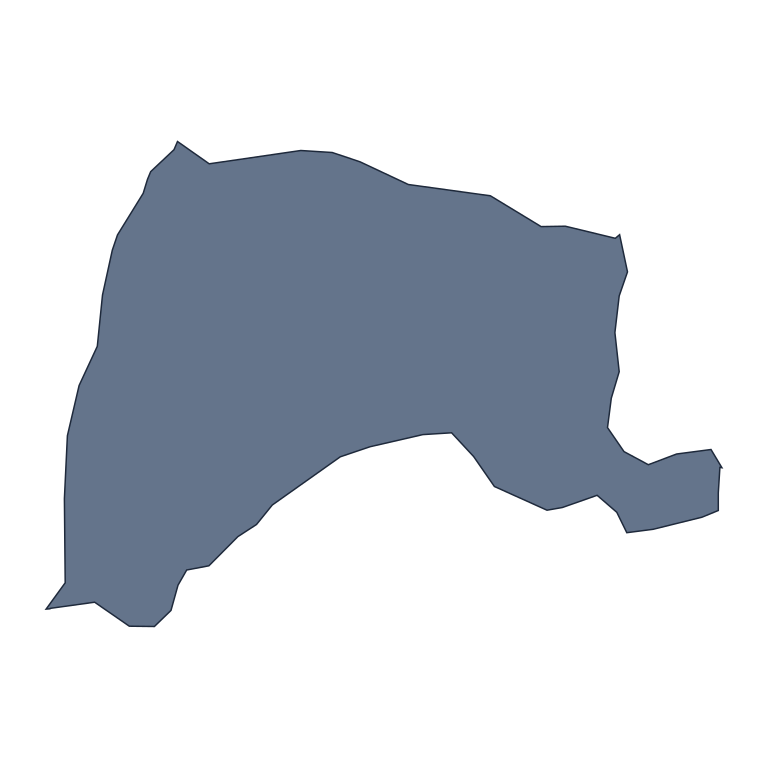 map outline of Yunlin (Equal Earth projection)
{"feature_id": "TWN-1176", "entity_name": "Yunlin", "entity_type": "County", "adm_level": 1, "iso_a3": "TWN", "parent_name": "Taiwan", "parent_adm1": "", "projection": "equal_earth", "projection_center": [120.426, 23.673], "detail": "fine", "context": "isolated", "style": "filled", "palette": "slate", "viewbox_px": 768, "rotation_deg": 0, "n_neighbors": 0, "source": "natural_earth", "source_scale": "10m", "svg_char_len": 890}
<svg xmlns="http://www.w3.org/2000/svg" viewBox="0 0 768 768"><path d="M46.1,609.1L65.2,582.8L64.4,498.6L67.4,435.7L79.1,385.5L97.3,346.3L102.5,295.0L112.3,250.2L117.5,234.9L143.2,193.3L147.5,179.3L150.7,171.6L174.0,149.7L177.5,141.5L209.2,163.8L300.8,150.5L332.2,152.5L360.0,161.8L408.3,184.5L490.4,195.8L541.1,226.6L565.3,226.2L615.3,238.3L619.6,234.7L627.5,271.9L619.2,295.9L614.9,332.6L619.2,371.7L611.3,398.2L607.5,427.6L624.0,451.6L648.3,464.7L676.6,454.0L711.0,449.5L721.9,467.7L719.9,467.4L718.3,492.9L718.3,510.5L702.0,517.2L653.1,529.3L626.8,532.7L616.8,512.3L597.1,495.3L562.4,507.5L547.0,510.2L494.4,486.5L473.6,456.5L451.6,432.8L422.8,434.6L370.2,446.7L340.3,456.8L272.3,505.0L256.5,524.5L237.9,536.6L208.9,565.8L186.7,570.0L178.0,585.2L171.0,610.4L154.4,626.5L129.3,626.2L94.6,602.2L50.6,608.3L50.0,608.8L46.1,609.1Z" fill="#64748b" stroke="#1e293b" stroke-width="1.5"/></svg>